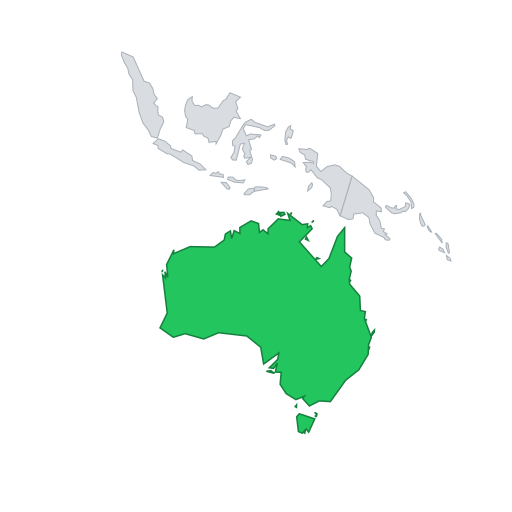 Australia shown with its bordering countries, rotated 17°
{"feature_id": "AUS", "entity_name": "Australia", "entity_type": "country or territory", "adm_level": 0, "iso_a3": "AUS", "parent_name": "Oceania", "parent_adm1": "", "projection": "robinson", "projection_center": [137.073, -32.4], "detail": "medium", "context": "with_neighbors", "style": "filled", "palette": "green", "viewbox_px": 512, "rotation_deg": 17, "n_neighbors": 4, "source": "natural_earth", "source_scale": "50m", "svg_char_len": 6096}
<svg xmlns="http://www.w3.org/2000/svg" viewBox="0 0 512 512"><g transform="rotate(17 256 256)"><path d="M324.5,151.5L344.6,159.5L351.5,165.9L352.4,169.7L361.7,173.6L363.0,177.0L357.9,177.7L359.1,181.9L364.1,186.1L367.7,192.8L370.9,192.6L370.6,195.4L374.9,196.5L373.2,197.7L379.2,200.4L378.5,202.2L374.8,202.7L373.4,201.0L363.0,199.4L355.5,191.8L352.7,186.2L345.4,183.5L337.2,187.4L337.9,192.1L333.5,194.2L324.6,192.9L324.5,151.5ZM387.5,155.5L391.9,160.2L392.6,163.5L390.8,165.2L388.5,159.0L382.7,154.2L378.7,152.4L380.3,150.8L387.5,155.5ZM382.2,172.1L376.2,175.1L373.2,175.1L365.5,171.5L365.9,169.5L371.0,170.4L374.0,169.9L374.9,166.9L375.7,166.7L376.2,170.1L379.4,169.6L384.2,165.2L383.6,161.4L386.9,161.3L388.1,162.4L387.9,165.9L386.0,169.8L383.1,170.3L382.2,172.1ZM401.6,168.9L408.6,176.5L407.8,178.3L406.2,178.9L403.8,176.5L401.4,172.5L400.2,167.6L401.0,167.0L401.6,168.9Z" fill="#d9dde1" stroke="#a8b0b8" stroke-width="1"/><path d="M324.5,151.5L324.6,192.9L319.6,187.7L313.9,186.4L312.5,188.2L305.4,188.4L307.8,183.2L311.3,181.5L309.9,174.6L307.2,169.2L296.3,163.8L291.7,163.3L283.3,157.4L281.6,160.5L279.5,161.1L278.2,158.8L278.2,156.0L273.9,152.9L279.9,150.6L283.9,150.7L283.5,149.0L275.2,149.0L273.0,145.2L268.0,144.0L265.6,140.9L273.2,139.3L276.0,137.3L285.1,139.9L287.5,152.5L293.3,156.3L298.0,149.6L304.5,145.8L309.5,145.8L318.4,150.2L324.5,151.5ZM234.7,191.5L235.4,194.7L231.8,199.4L227.0,200.8L226.3,200.0L229.2,194.0L234.7,191.5ZM286.4,178.8L285.8,174.0L288.0,169.6L289.3,171.4L289.2,174.4L286.4,178.8ZM194.7,108.6L191.5,114.4L195.6,120.4L194.6,123.3L200.9,129.2L194.2,129.9L192.3,134.3L192.6,140.0L187.2,144.4L187.1,150.7L185.0,160.4L184.2,158.2L177.8,161.0L175.5,157.2L171.5,156.8L168.7,154.8L162.1,157.0L160.0,154.0L151.7,153.6L150.8,145.1L148.0,143.3L145.2,137.8L144.5,132.3L145.1,126.4L148.5,122.2L149.4,126.4L153.2,130.0L156.9,128.7L160.5,129.2L163.7,126.0L166.4,125.4L171.7,127.2L176.3,125.8L179.3,117.0L181.4,114.8L183.4,107.5L194.7,108.6ZM259.2,152.7L265.4,154.6L267.4,159.5L262.7,156.8L250.9,156.5L252.2,153.0L259.2,152.7ZM245.2,159.0L241.3,157.9L240.2,155.1L245.9,154.8L247.3,156.9L245.2,159.0ZM251.1,121.1L251.5,124.6L254.8,125.1L255.3,127.7L255.0,133.3L252.1,132.7L251.3,136.5L253.6,139.9L252.0,140.6L249.7,136.6L248.1,128.5L249.2,123.4L251.1,121.1ZM215.9,128.5L229.4,129.1L235.0,124.5L236.0,125.9L231.4,132.2L227.2,133.4L221.8,132.2L207.5,133.4L206.7,138.2L211.8,143.9L214.8,141.0L225.3,138.8L224.8,141.8L222.4,140.8L219.9,144.6L215.0,147.0L220.4,155.2L219.3,157.4L224.4,164.7L224.4,168.9L221.4,170.8L219.2,168.5L221.9,163.3L216.4,165.8L215.0,164.0L215.7,161.6L211.6,157.8L212.0,151.6L208.3,153.6L209.1,170.1L205.5,171.0L203.1,169.1L204.7,163.3L203.8,157.1L201.4,157.1L199.7,152.7L202.0,148.6L205.5,133.9L206.7,131.3L211.5,126.6L215.9,128.5ZM208.6,200.2L201.1,195.7L206.3,194.5L211.3,198.3L211.0,200.0L208.6,200.2ZM214.4,189.2L218.1,188.7L223.1,186.4L222.3,189.9L213.9,191.7L206.4,191.0L206.4,188.6L210.8,187.3L214.4,189.2ZM197.1,188.1L200.6,187.6L202.0,190.3L188.6,192.4L190.5,188.7L193.6,188.7L195.1,186.4L197.1,188.1ZM142.2,175.8L143.0,178.0L153.7,178.7L154.9,176.0L165.4,179.1L167.5,183.2L175.9,184.4L182.8,188.2L176.4,190.6L170.3,188.0L159.4,187.7L143.5,183.5L141.2,184.3L130.9,181.7L129.9,179.0L124.7,178.5L128.5,172.4L135.3,172.8L142.2,175.8ZM118.7,141.8L119.7,146.3L121.7,149.8L125.8,150.4L128.6,154.4L127.3,162.3L127.2,172.1L121.0,172.3L116.1,167.0L108.9,161.8L102.2,152.7L95.0,139.1L90.0,133.8L86.4,123.3L81.4,119.3L78.5,113.9L74.3,110.3L68.5,103.3L68.1,100.1L80.4,101.6L97.9,121.6L103.6,121.7L108.3,126.0L111.5,131.4L115.7,134.3L113.5,139.5L116.7,141.7L118.7,141.8Z" fill="#d9dde1" stroke="#a8b0b8" stroke-width="1"/><path d="M234.7,191.5L235.3,190.0L240.1,188.6L245.8,187.5L247.9,188.3L235.4,194.7L234.7,191.5Z" fill="#d9dde1" stroke="#a8b0b8" stroke-width="1"/><path d="M442.4,201.6L443.9,203.8L440.0,203.7L438.0,199.8L442.4,201.6ZM440.0,196.0L439.2,197.2L435.1,191.6L434.0,187.8L435.9,187.8L440.0,196.0ZM435.4,197.7L429.8,197.2L428.6,196.2L429.0,193.7L432.7,194.7L435.4,197.7ZM428.8,185.9L430.3,189.2L420.8,182.1L421.7,181.5L428.8,185.9ZM411.5,176.9L417.0,181.7L415.9,182.0L413.5,180.6L411.2,178.0L411.5,176.9Z" fill="#d9dde1" stroke="#a8b0b8" stroke-width="1"/><path d="M332.5,203.0L339.6,226.2L348.1,230.0L348.8,239.3L351.4,242.5L352.0,251.1L353.9,255.6L366.9,264.0L371.8,277.6L376.8,277.2L377.9,284.1L390.1,300.0L389.6,307.9L392.0,317.3L387.6,334.8L378.1,348.5L369.7,373.5L358.9,376.1L350.9,383.8L342.3,378.7L343.3,375.9L336.1,381.7L325.1,378.8L316.6,371.7L314.1,359.9L308.3,361.4L307.8,352.2L305.7,358.4L301.4,359.0L307.0,348.5L306.2,342.1L294.9,357.1L287.2,341.9L270.6,335.2L242.7,340.3L230.3,350.6L210.9,351.0L200.7,357.9L185.2,352.8L187.8,336.5L172.2,301.4L175.9,303.5L173.5,297.7L177.9,302.1L173.0,290.3L175.7,274.1L176.5,277.9L190.2,266.3L213.7,259.6L220.9,250.1L220.3,243.9L224.2,239.5L227.6,246.4L227.7,238.1L234.1,239.2L232.2,233.5L241.1,223.8L248.9,224.2L252.4,232.4L255.1,228.9L261.0,231.2L259.6,226.5L266.4,214.0L278.1,212.0L273.9,206.0L291.0,212.5L296.0,210.1L296.9,213.9L299.4,211.0L301.7,213.5L293.4,229.8L321.5,247.0L326.5,237.1L328.2,213.5L332.5,203.0ZM343.5,394.2L359.8,394.6L357.9,409.1L354.5,406.8L352.1,411.9L347.9,411.5L341.9,397.9L343.5,394.2ZM266.4,207.3L270.0,206.1L271.5,207.7L268.2,210.8L266.4,207.3ZM303.8,361.3L308.0,362.9L299.6,363.2L303.8,361.3ZM298.8,223.1L301.4,225.8L298.3,225.3L298.8,223.1ZM389.7,298.7L389.6,295.1L390.9,292.2L391.4,294.3L389.7,298.7ZM357.8,388.4L360.5,389.1L360.6,390.3L357.8,388.4ZM264.6,207.0L266.3,210.1L263.2,209.9L264.6,207.0ZM339.0,388.9L337.5,388.6L338.3,386.5L339.0,388.9ZM317.0,240.0L315.5,240.9L314.0,241.4L314.7,239.7L317.0,240.0ZM170.9,297.2L170.9,298.9L170.7,297.3L170.9,297.2ZM359.9,391.5L360.9,392.3L358.9,391.6L359.9,391.5ZM378.9,284.6L380.1,284.6L380.0,286.1L378.9,284.6ZM352.4,251.0L353.7,251.9L353.4,252.5L352.4,251.0ZM354.3,409.8L354.4,411.2L353.4,410.8L354.3,409.8ZM391.3,309.2L391.3,311.2L391.2,311.1L391.3,309.2ZM277.6,206.0L276.8,205.1L277.3,204.7L277.6,206.0ZM300.6,206.1L299.4,207.7L300.8,205.0L300.6,206.1Z" fill="#22c55e" stroke="#15803d" stroke-width="1.5"/></g></svg>